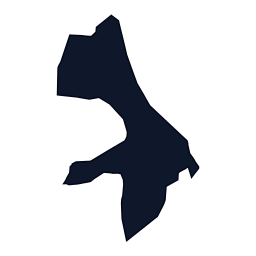 Mawza', Ta`izz, Yemen
{"feature_id": "15242507B74407573652293", "entity_name": "Mawza'", "entity_type": "district", "adm_level": 2, "iso_a3": "YEM", "parent_name": "Yemen", "parent_adm1": "Ta`izz", "projection": "natural_earth1", "projection_center": [43.597, 13.366], "detail": "fine", "context": "isolated", "style": "filled", "palette": "ink", "viewbox_px": 256, "rotation_deg": 0, "n_neighbors": 0, "source": "geoboundaries", "source_scale": "gbopen_adm2", "svg_char_len": 1626}
<svg xmlns="http://www.w3.org/2000/svg" viewBox="0 0 256 256"><path d="M187.6,144.5L187.7,143.7L187.4,142.6L187.4,142.3L187.0,141.2L186.9,140.7L180.2,134.5L155.3,111.1L149.6,105.7L146.0,99.4L143.5,94.9L142.2,92.7L140.9,90.5L139.8,88.6L139.7,88.4L136.9,83.7L132.3,71.1L126.8,55.7L126.6,55.3L124.9,47.9L122.6,38.3L121.9,35.4L121.6,34.2L121.4,33.4L120.7,30.6L118.9,23.1L118.4,20.8L111.6,15.7L111.4,15.4L110.8,15.8L109.6,16.8L105.9,19.8L96.5,27.3L96.5,27.9L96.1,32.1L91.3,36.6L86.7,36.3L80.2,35.6L79.0,35.6L69.9,35.2L60.9,62.1L58.7,66.1L58.1,68.0L57.5,94.8L77.3,96.9L79.3,97.3L89.3,99.0L99.0,97.3L110.0,104.0L123.7,119.0L123.9,119.7L125.2,124.2L127.0,130.4L127.5,132.3L127.1,136.6L126.2,138.6L124.9,141.0L124.5,141.2L113.9,147.4L113.7,147.5L108.5,150.6L99.2,156.2L92.7,160.1L90.4,161.4L85.2,161.6L83.8,161.7L81.6,161.8L76.1,162.0L72.9,163.7L72.5,163.9L72.3,164.0L72.4,164.7L72.3,164.8L71.2,165.9L70.4,166.6L70.3,166.9L69.8,173.0L67.4,177.0L65.5,181.0L65.4,181.1L63.7,183.6L66.1,183.5L67.7,184.0L68.9,184.6L73.1,184.2L77.0,183.9L78.9,183.6L81.4,183.1L81.6,183.1L83.3,182.7L85.8,182.3L87.3,182.0L90.4,181.4L93.5,178.9L94.1,178.4L98.0,175.9L103.8,172.1L110.6,172.7L111.9,172.9L112.9,172.8L112.9,173.1L117.5,173.0L118.0,173.0L121.0,173.6L123.5,179.6L123.9,184.1L122.9,195.8L121.9,199.2L121.6,203.2L122.2,219.0L126.7,240.6L157.3,216.3L163.2,204.8L163.9,203.1L165.0,200.0L166.0,186.3L177.7,179.8L178.1,172.8L179.8,171.5L185.7,168.3L188.0,166.5L188.2,166.4L191.6,177.3L192.6,175.9L198.5,168.3L198.5,166.7L195.3,162.2L194.2,160.2L193.3,158.7L190.0,154.1L189.6,153.6L187.6,144.5Z" fill="#0f172a" stroke="#020617" stroke-width="1.5"/></svg>